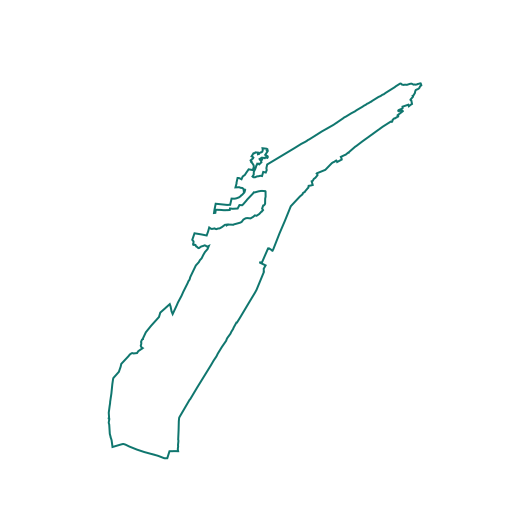 outline of Ceplenita, Iasi, Romania, rotated 131°
{"feature_id": "2599482B12453370715031", "entity_name": "Ceplenita", "entity_type": "district", "adm_level": 2, "iso_a3": "ROU", "parent_name": "Romania", "parent_adm1": "Iasi", "projection": "robinson", "projection_center": [26.945, 47.387], "detail": "fine", "context": "isolated", "style": "outline", "palette": "teal", "viewbox_px": 512, "rotation_deg": 131, "n_neighbors": 0, "source": "geoboundaries", "source_scale": "gbopen_adm2", "svg_char_len": 6011}
<svg xmlns="http://www.w3.org/2000/svg" viewBox="0 0 512 512"><g transform="rotate(131 256 256)"><path d="M442.7,283.1L446.9,280.4L454.7,274.9L461.6,270.5L462.9,269.5L465.3,268.0L470.9,264.3L474.2,261.0L475.1,260.8L475.3,260.5L475.1,260.0L475.2,259.8L478.3,257.9L478.8,257.3L479.5,256.2L486.2,249.6L487.8,247.2L488.0,247.1L489.1,245.2L489.8,244.1L491.8,241.8L494.3,239.0L486.9,234.3L485.2,233.1L484.8,232.6L484.0,230.8L482.9,226.6L480.2,218.8L477.2,211.6L471.5,199.8L470.9,198.4L469.0,193.1L468.5,192.1L466.8,190.3L460.1,193.2L456.3,189.0L454.4,186.7L453.1,188.3L450.7,189.9L449.9,190.8L446.9,192.9L445.9,193.8L445.6,194.3L438.3,200.1L431.4,205.8L428.6,207.8L427.6,208.1L408.0,211.8L407.3,211.7L394.0,214.1L367.8,218.4L362.6,219.4L357.7,220.0L354.7,220.8L346.9,222.1L339.6,222.9L337.8,223.6L336.4,223.9L331.4,224.3L329.4,224.9L326.1,225.4L324.7,225.9L319.1,227.1L318.8,226.7L313.6,227.5L293.6,231.1L284.4,232.7L281.2,233.4L262.8,239.6L262.7,240.0L261.8,240.6L260.6,241.8L256.8,242.6L258.6,249.3L256.9,247.3L242.6,251.8L242.5,251.5L242.2,251.6L241.9,251.1L241.7,251.1L241.3,248.5L241.4,247.5L241.2,247.0L239.5,247.4L223.5,253.1L210.4,257.3L195.6,262.4L182.1,261.9L179.1,261.4L178.9,261.4L178.0,261.8L177.6,261.8L176.6,261.6L175.8,261.2L174.5,261.4L171.8,261.4L171.0,261.5L170.3,261.3L169.9,261.4L169.4,261.8L168.5,262.3L167.0,261.0L165.2,259.8L164.8,260.4L163.1,263.0L162.0,262.5L160.2,262.9L159.7,262.9L158.0,262.5L154.7,262.6L154.1,263.3L153.9,264.0L153.9,264.3L153.6,264.3L145.5,260.2L136.2,259.7L134.5,259.2L133.2,258.5L132.5,258.5L131.9,258.3L131.3,258.1L131.4,257.1L131.8,256.4L127.0,254.6L126.3,255.4L125.5,257.0L121.4,255.2L120.8,254.8L117.7,254.3L117.3,253.8L116.6,254.0L108.2,252.8L107.4,252.5L100.1,251.0L75.3,245.2L66.2,242.5L65.7,241.5L65.2,241.4L63.9,242.1L63.3,242.2L63.0,242.0L62.0,242.1L61.2,241.8L60.8,241.3L59.7,241.1L59.0,240.7L57.9,240.7L57.7,240.3L57.2,240.3L57.0,240.5L57.3,241.1L56.9,241.5L50.4,240.2L50.3,240.4L51.1,242.0L52.3,242.9L53.0,243.2L53.1,243.9L52.9,244.0L52.4,244.1L51.5,243.7L48.8,242.3L48.3,242.3L47.2,243.4L41.9,240.3L42.7,238.9L40.5,238.5L38.9,238.0L36.8,240.7L36.9,241.6L36.8,241.9L36.6,242.0L32.8,242.0L32.5,242.3L32.3,242.8L31.7,242.5L28.8,243.0L27.2,243.9L26.0,244.3L25.1,244.0L24.1,243.4L22.7,243.0L21.9,243.0L20.6,243.4L19.9,243.5L18.8,243.2L18.7,243.2L17.7,244.9L17.9,245.3L18.2,245.5L18.8,245.8L20.3,246.9L20.8,247.0L21.8,247.8L22.2,248.2L22.4,248.7L23.3,249.5L23.8,251.4L24.0,251.8L25.0,252.7L27.8,254.4L29.0,256.0L30.1,256.9L30.9,258.4L30.8,259.4L30.9,259.9L31.5,260.4L36.1,261.8L37.7,262.1L41.3,263.2L47.9,265.2L50.2,265.7L51.4,266.4L53.5,266.9L55.6,267.9L63.1,270.2L63.8,270.2L64.1,270.5L67.0,271.4L68.1,272.0L70.0,272.4L71.3,273.0L73.6,273.6L80.1,275.8L81.9,276.2L85.7,277.7L92.1,279.7L93.4,280.3L95.0,280.6L101.1,282.2L106.6,283.7L118.7,288.0L133.0,292.3L134.7,293.0L136.1,293.2L136.7,293.5L137.2,293.6L141.7,295.4L149.2,297.7L179.6,307.6L182.9,305.8L184.1,304.3L186.6,303.4L187.8,305.7L191.7,303.9L192.4,305.1L192.9,305.6L193.9,306.2L195.3,307.5L197.1,308.3L198.2,309.5L198.3,309.8L198.0,310.1L198.2,310.8L196.1,311.1L193.9,312.9L191.1,313.6L188.7,314.5L188.0,314.9L185.8,315.5L185.8,315.1L184.9,315.0L184.7,314.7L184.7,313.7L181.7,313.4L180.9,314.8L179.2,314.6L178.6,315.6L180.7,316.2L180.5,316.9L177.9,316.1L176.9,314.5L176.4,313.5L175.4,313.6L174.5,311.8L173.8,311.9L173.3,312.3L173.1,312.8L173.6,315.4L169.6,315.9L169.1,316.0L169.3,316.9L168.8,316.9L168.1,317.2L167.9,317.5L168.1,318.4L170.4,321.8L171.6,320.4L173.1,319.7L174.2,319.9L174.8,320.5L175.0,320.5L176.0,320.9L176.6,320.9L177.0,320.7L177.9,321.3L176.7,322.4L178.1,324.3L178.3,324.2L179.6,324.7L179.8,324.8L180.1,325.3L183.7,324.7L183.4,323.5L183.5,322.5L184.6,322.3L185.3,322.5L187.3,322.8L187.5,321.5L188.2,321.5L188.4,319.5L189.1,317.3L190.2,316.1L192.3,315.2L193.4,315.1L195.4,318.4L199.4,318.0L202.1,317.6L204.7,318.2L207.6,317.3L208.2,319.6L208.5,320.2L209.2,321.1L213.3,318.9L214.0,318.3L217.7,316.5L215.1,313.8L214.7,312.5L213.7,311.0L213.6,310.3L213.7,309.2L215.0,307.8L213.5,307.9L213.2,307.8L213.2,307.6L214.4,307.0L215.3,306.6L216.0,306.5L218.9,306.6L220.3,307.0L221.1,306.8L221.9,307.1L222.9,307.3L225.3,308.6L226.6,309.6L227.2,310.2L228.7,312.1L234.3,309.1L236.4,311.3L243.0,320.7L248.3,317.7L251.1,315.9L250.1,315.0L247.5,316.7L244.4,312.9L242.6,310.4L240.1,307.6L238.5,306.0L237.2,306.8L235.7,304.6L232.2,301.0L228.4,301.9L226.8,299.8L226.4,299.8L225.9,299.6L219.9,299.6L219.5,299.7L211.1,299.3L209.3,299.4L209.0,298.8L205.4,296.4L203.5,294.8L202.8,294.0L201.0,291.6L201.0,291.2L201.3,290.9L204.9,287.7L206.7,286.7L210.5,283.5L211.4,283.2L212.7,283.3L213.2,283.7L216.2,282.5L216.7,280.8L218.7,280.8L218.8,281.0L222.2,281.1L225.3,282.0L226.1,283.5L228.2,283.8L231.2,284.8L233.1,287.5L234.4,288.6L236.8,289.4L239.7,289.2L241.2,289.8L244.7,292.1L246.6,293.4L247.3,293.6L249.6,296.5L251.1,297.9L251.4,298.0L251.0,298.2L252.9,299.9L256.6,300.7L257.2,301.0L257.9,301.1L259.2,301.7L260.2,302.7L261.7,303.5L261.9,303.8L262.3,304.7L262.3,305.3L264.0,306.6L264.7,307.3L265.0,308.0L265.2,310.0L269.0,308.2L272.9,306.7L275.5,311.3L279.2,317.3L285.6,314.7L286.0,312.7L287.5,311.5L288.2,311.4L288.7,310.8L288.5,310.2L287.6,309.4L287.4,308.9L287.8,308.2L288.0,307.2L287.8,307.0L287.8,306.0L287.9,305.2L287.7,304.5L287.3,304.2L284.8,303.6L283.3,302.6L281.6,301.7L281.2,300.6L281.2,299.6L281.1,299.3L280.3,298.6L279.4,298.2L282.5,297.1L286.6,297.1L289.7,296.5L293.5,295.5L295.9,295.6L298.2,295.1L302.6,295.2L314.3,292.0L315.5,291.6L316.6,291.0L318.2,290.5L319.3,290.5L321.3,289.8L330.7,287.4L334.9,286.1L342.3,284.4L345.4,283.4L354.5,280.8L353.2,283.4L350.1,287.4L348.9,289.5L361.5,291.1L365.7,289.2L377.6,289.4L385.8,289.1L392.5,287.2L392.9,286.8L393.5,287.1L394.1,287.1L396.0,286.5L396.6,286.0L396.8,285.5L398.2,284.6L399.2,284.2L399.5,283.8L399.9,283.1L400.0,281.7L399.9,281.1L405.0,282.4L407.3,282.1L409.9,284.5L410.4,285.6L410.9,286.0L412.5,286.5L413.9,286.6L414.9,286.5L425.8,286.9L428.4,285.5L433.4,283.5L441.6,283.6L442.7,283.1Z" fill="none" stroke="#0f766e" stroke-width="2"/></g></svg>